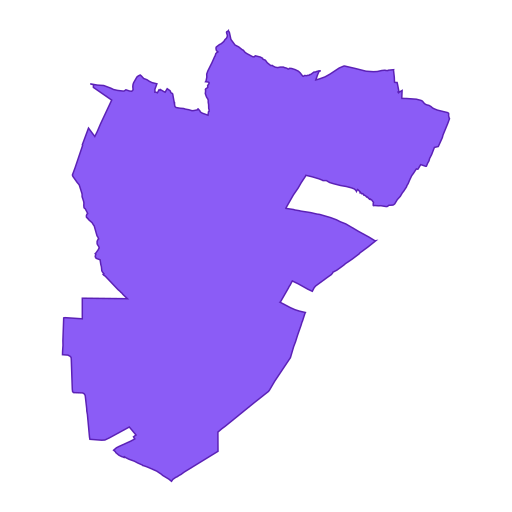 Vanju Mare, Mehedinti, Romania
{"feature_id": "2599482B43944319734249", "entity_name": "Vanju Mare", "entity_type": "district", "adm_level": 2, "iso_a3": "ROU", "parent_name": "Romania", "parent_adm1": "Mehedinti", "projection": "albers", "projection_center": [22.89, 44.417], "detail": "fine", "context": "isolated", "style": "filled", "palette": "violet", "viewbox_px": 512, "rotation_deg": 0, "n_neighbors": 0, "source": "geoboundaries", "source_scale": "gbopen_adm2", "svg_char_len": 5875}
<svg xmlns="http://www.w3.org/2000/svg" viewBox="0 0 512 512"><path d="M184.3,472.0L218.0,451.3L217.9,432.1L221.6,428.9L225.0,426.4L254.2,402.7L268.5,391.4L269.6,389.9L274.7,381.2L290.4,357.7L293.7,346.5L295.5,341.8L297.6,335.1L301.1,325.1L301.9,322.4L302.5,321.0L304.9,313.5L305.4,312.5L299.4,311.1L295.0,309.7L290.3,307.6L280.0,302.2L280.5,301.8L283.2,297.1L288.6,287.7L289.2,286.4L290.4,284.7L290.6,284.1L292.3,281.0L298.2,283.8L307.8,289.2L312.3,291.3L314.1,287.8L315.6,286.0L326.9,277.7L331.3,274.6L332.6,273.0L332.9,272.2L336.8,270.2L343.8,265.1L345.5,263.6L352.2,259.1L359.2,253.8L359.9,252.9L368.2,246.8L375.8,240.7L375.1,240.8L374.7,240.6L369.0,237.1L358.9,231.6L345.8,223.9L340.4,221.8L336.5,219.8L330.6,217.6L319.6,214.4L317.1,214.1L310.7,212.6L300.9,211.1L298.9,210.6L295.0,210.0L293.5,209.5L285.9,208.4L285.9,208.1L287.4,205.4L293.4,194.9L298.1,188.1L301.2,182.7L305.5,176.2L305.9,175.3L312.2,176.8L319.2,178.9L321.9,180.0L323.0,180.6L326.4,180.6L329.6,182.5L333.5,183.7L340.5,185.5L346.3,186.5L351.6,187.9L354.4,189.0L355.7,190.2L356.5,191.4L356.7,190.7L357.7,189.5L360.2,191.9L360.3,192.3L360.0,192.8L361.6,193.3L361.7,193.7L362.8,193.7L363.5,194.5L363.9,195.2L364.4,195.1L365.3,195.7L366.6,196.7L366.6,197.0L366.8,197.1L367.6,197.1L368.5,198.3L369.3,198.7L369.3,199.0L369.6,199.3L370.3,199.0L370.6,199.2L370.7,199.6L371.3,199.7L371.9,200.2L372.8,201.5L373.5,202.3L373.2,203.7L373.2,205.2L373.3,205.5L373.7,205.7L374.6,205.5L378.5,205.8L380.9,205.7L386.3,206.6L387.5,206.4L388.8,205.3L392.6,205.1L393.4,204.9L394.7,203.9L397.3,199.6L400.3,196.3L402.3,192.9L403.6,191.3L406.3,187.2L406.7,186.5L406.7,185.9L408.1,183.7L409.7,179.9L411.7,175.7L413.4,173.4L416.2,169.1L416.5,168.9L417.2,169.2L418.0,169.1L420.7,164.6L425.7,166.3L426.4,166.2L427.6,163.3L429.0,160.8L429.6,158.5L431.6,154.6L434.4,147.4L438.3,146.5L442.3,137.7L443.0,135.0L447.7,123.6L449.5,118.7L449.3,118.1L449.1,117.9L448.6,115.6L448.7,113.7L448.5,113.2L447.6,112.6L437.4,110.1L434.2,108.8L432.5,107.9L430.9,106.5L428.8,105.3L427.9,105.2L425.6,104.4L424.2,103.3L422.4,101.1L421.0,100.4L416.4,99.2L406.6,98.5L401.9,98.4L401.8,97.2L402.1,90.5L399.8,91.8L398.5,92.8L398.0,92.0L398.8,91.0L397.5,84.2L397.1,82.5L394.8,82.4L394.5,82.2L394.3,77.3L393.5,70.1L393.6,69.7L388.3,70.2L387.9,70.6L385.7,70.5L385.1,70.2L381.8,70.5L377.4,71.5L373.5,71.7L366.0,71.2L355.4,68.5L344.5,66.0L343.7,66.1L339.2,68.0L330.0,74.1L325.0,76.9L318.9,79.1L315.8,79.9L317.6,74.7L318.9,71.7L319.2,71.4L320.7,70.7L318.1,71.0L317.6,71.4L316.8,71.4L315.6,72.0L313.9,72.1L310.7,74.5L310.0,74.5L309.0,75.3L307.8,75.3L306.7,75.7L304.5,75.5L303.5,76.3L303.2,76.3L302.7,76.1L300.2,72.9L298.4,71.2L295.1,69.6L291.7,68.5L289.7,68.3L289.3,68.4L288.9,68.9L288.2,69.1L286.9,68.3L285.8,67.9L285.0,67.8L283.4,67.1L280.1,67.1L277.7,67.6L275.3,67.2L273.3,66.2L272.2,65.4L270.8,65.6L267.2,62.7L265.4,60.2L263.4,59.4L262.8,59.0L262.5,58.2L260.2,57.0L255.3,55.8L254.1,56.9L252.6,56.7L246.7,53.5L245.0,52.3L243.3,50.2L242.2,49.7L238.7,46.9L235.0,45.0L230.9,39.4L229.4,32.5L228.8,31.4L228.3,31.0L228.3,30.7L227.7,31.3L226.8,31.7L226.5,32.2L226.7,33.3L227.3,35.1L227.3,35.8L227.2,36.6L226.5,38.2L225.0,39.6L223.8,41.5L221.1,43.8L219.4,44.6L216.3,47.0L216.1,47.3L216.0,48.7L216.3,50.2L216.5,50.6L217.9,51.9L216.7,52.7L215.8,53.6L215.2,55.7L214.6,56.7L212.0,62.6L207.8,71.0L206.7,74.1L206.8,77.2L206.0,81.1L205.6,81.7L208.0,82.0L208.7,82.3L209.2,82.9L208.9,83.7L207.6,85.6L207.8,87.3L207.6,87.6L205.8,88.8L205.4,89.4L205.6,90.9L205.3,93.6L206.4,96.7L206.9,97.7L207.6,98.6L208.2,100.0L208.2,102.3L208.6,104.6L208.7,108.5L209.1,109.8L209.1,111.3L208.5,111.7L208.0,115.2L202.4,113.2L200.7,112.2L200.3,111.8L199.9,110.9L198.1,108.9L197.7,109.1L197.6,109.6L197.2,109.9L193.6,110.6L192.0,110.7L188.7,109.7L185.3,109.1L183.6,108.5L179.9,108.2L176.0,107.5L174.9,106.5L174.6,104.7L174.5,102.4L174.3,102.2L174.2,102.4L172.7,94.0L172.1,93.3L171.4,93.1L170.8,92.5L170.3,91.1L169.9,90.6L167.2,88.7L165.1,92.2L163.5,91.4L160.3,89.5L160.0,90.2L159.0,89.8L157.4,92.8L155.3,92.0L154.9,92.1L154.9,89.3L156.9,83.8L152.0,82.6L149.5,81.4L146.9,79.7L143.7,78.5L141.3,75.9L140.2,75.0L138.3,75.9L136.9,77.0L133.7,82.6L133.3,83.6L133.0,84.7L132.8,86.7L133.1,89.8L131.7,91.3L129.5,91.0L125.9,89.8L124.5,90.8L123.4,91.1L117.5,90.4L113.5,89.5L110.9,88.2L103.7,85.5L97.4,85.1L90.2,83.8L93.7,84.9L93.3,86.9L93.4,87.4L111.7,100.1L100.7,123.5L97.1,131.9L94.8,136.5L88.5,128.1L82.3,144.8L82.6,145.5L75.1,167.7L72.4,175.0L72.9,176.4L77.2,182.5L79.1,184.7L79.6,186.1L82.0,193.7L82.1,194.6L82.1,196.7L83.6,201.3L83.9,202.9L83.8,205.4L84.0,207.5L84.3,208.1L85.2,208.7L87.7,213.4L87.6,213.7L87.1,214.0L86.7,214.7L86.4,215.6L86.4,217.0L86.7,217.6L87.4,217.9L87.6,218.5L88.2,218.8L88.3,219.2L89.0,220.0L92.1,222.7L93.3,224.7L94.2,225.9L97.0,235.8L98.0,237.3L98.6,238.7L98.6,239.0L98.1,239.2L97.1,241.3L97.1,243.5L97.4,244.5L98.6,246.3L99.2,247.8L98.1,249.9L95.9,253.0L95.2,253.6L95.6,254.2L95.8,254.7L95.5,255.1L95.2,256.8L95.5,257.0L96.1,258.3L100.1,259.8L100.8,264.5L101.4,266.7L101.8,270.8L102.5,272.0L103.9,273.8L103.1,274.4L103.8,275.2L105.3,276.2L118.1,289.7L120.0,291.3L121.1,292.5L121.6,292.8L123.2,294.7L127.4,298.7L82.3,298.2L82.3,318.8L65.8,317.7L64.7,317.7L63.7,317.9L62.9,340.6L63.0,345.4L62.6,351.2L62.5,354.7L67.9,355.1L70.0,356.2L71.1,357.4L71.3,359.6L72.3,389.3L72.6,391.6L73.5,392.6L82.6,392.9L84.1,393.7L85.2,395.4L86.7,408.6L86.8,411.0L87.4,414.4L89.5,437.1L89.9,439.3L101.7,440.2L104.9,440.0L109.3,437.9L129.3,427.0L136.0,435.0L133.5,436.8L134.8,438.9L131.0,441.0L118.9,446.5L116.4,447.8L113.6,450.2L115.3,451.6L115.8,452.6L118.9,455.2L121.7,456.6L123.1,457.0L124.1,457.5L124.4,456.8L126.1,457.8L129.1,459.3L134.4,461.2L137.8,463.0L142.3,465.0L142.9,465.6L143.7,465.7L147.1,466.9L156.7,471.1L161.6,474.4L162.5,475.3L168.8,479.1L171.5,481.3L172.8,479.4L175.8,477.3L177.1,476.8L179.3,475.3L180.9,474.5L184.3,472.0Z" fill="#8b5cf6" stroke="#5b21b6" stroke-width="1.5"/></svg>